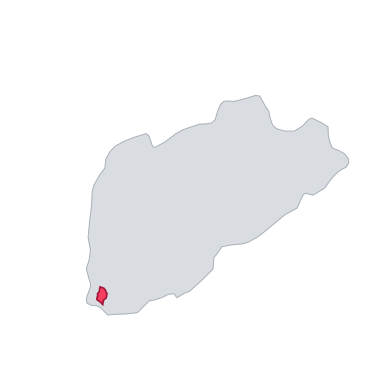 Tendu, Samchi, Bhutan shown in context, rotated 326°
{"feature_id": "84629894B47921188785963", "entity_name": "Tendu", "entity_type": "district", "adm_level": 2, "iso_a3": "BTN", "parent_name": "Bhutan", "parent_adm1": "Samchi", "projection": "mercator", "projection_center": [88.91, 27.157], "detail": "fine", "context": "in_parent", "style": "filled", "palette": "rose", "viewbox_px": 384, "rotation_deg": 326, "n_neighbors": 0, "source": "geoboundaries", "source_scale": "gbopen_adm2", "svg_char_len": 3671}
<svg xmlns="http://www.w3.org/2000/svg" viewBox="0 0 384 384"><g transform="rotate(326 192 192)"><path d="M300.9,166.8L300.4,169.0L297.9,175.1L296.2,181.7L297.6,187.1L303.3,193.6L310.8,198.7L320.5,199.1L329.4,197.1L332.9,197.9L337.8,206.5L341.2,214.0L336.5,221.6L334.0,228.3L333.1,233.1L333.6,235.2L336.5,239.0L339.8,245.6L340.3,251.6L338.2,255.6L333.6,257.6L328.7,257.0L324.7,257.1L319.7,257.8L311.8,260.0L304.5,262.9L290.7,262.4L285.2,256.4L282.6,256.4L270.1,264.1L256.5,262.8L231.7,265.3L221.3,266.0L210.7,265.1L205.3,263.5L195.3,258.0L186.2,254.1L176.9,257.7L173.7,258.4L166.3,267.7L150.3,270.7L134.3,273.0L129.5,271.7L120.5,271.2L120.2,269.0L120.5,266.9L118.4,265.2L114.7,263.5L108.5,262.8L100.4,260.5L95.7,258.3L79.3,261.5L69.8,256.6L58.9,249.9L53.4,247.0L51.4,236.5L49.5,233.2L45.2,229.7L42.8,225.5L44.7,221.3L55.5,213.3L56.4,211.4L61.4,196.6L68.4,191.1L75.2,183.6L80.4,171.7L90.4,159.4L101.4,146.8L109.0,136.5L114.0,131.7L124.3,126.5L133.0,123.5L139.0,116.6L146.2,112.8L153.6,111.0L164.6,112.0L175.0,114.4L186.4,117.9L187.7,120.6L186.7,125.5L185.1,130.5L185.0,133.0L186.8,134.4L197.9,135.4L211.5,134.6L219.2,135.3L236.2,139.9L241.2,143.1L246.4,145.6L251.5,145.1L257.9,139.8L264.7,135.3L268.9,134.6L271.9,136.1L277.3,140.3L288.6,144.4L298.6,147.4L301.8,150.3L300.7,162.6L300.9,166.8Z" fill="#d9dde1" stroke="#a8b0b8" stroke-width="1"/><path d="M54.3,231.8L54.4,232.0L54.5,232.2L54.5,232.3L54.5,232.5L54.6,232.9L54.7,233.1L54.7,233.3L54.8,233.5L54.8,233.8L54.8,234.0L54.9,234.3L54.8,234.6L54.8,234.8L54.8,235.0L54.8,235.3L55.0,235.6L55.1,235.4L55.1,235.2L55.3,235.1L55.4,234.9L55.5,234.9L55.5,234.7L55.6,234.4L55.6,234.2L55.8,234.1L56.0,234.2L56.3,234.1L56.5,234.1L56.7,233.9L56.8,233.8L56.9,233.7L57.0,233.6L57.1,233.4L57.3,233.3L57.4,233.1L57.3,232.9L57.5,232.7L57.8,232.5L57.8,232.4L58.0,232.2L58.5,232.0L58.9,232.1L59.0,232.2L59.4,232.2L59.6,232.2L59.8,232.1L60.2,232.0L60.5,232.0L60.9,231.9L61.3,231.9L61.6,231.9L61.9,231.7L62.0,231.5L62.1,231.4L62.3,231.2L62.5,231.1L62.8,230.9L63.0,230.7L63.1,230.4L63.3,230.1L63.5,229.8L63.9,229.7L64.1,229.5L64.3,229.4L64.4,229.2L64.6,229.1L64.5,228.8L64.6,228.5L64.8,228.4L64.9,228.2L64.8,227.9L64.7,227.8L64.7,227.6L64.8,227.6L64.8,227.4L64.8,227.2L64.9,226.9L64.7,226.8L64.7,226.7L64.8,226.6L64.9,226.4L65.0,226.1L65.1,225.9L65.0,225.7L65.3,225.4L65.3,225.2L65.3,224.9L65.4,224.7L65.5,224.5L65.4,224.3L65.4,224.1L65.3,223.9L65.2,223.7L65.2,223.4L65.2,223.2L65.2,222.9L65.2,222.7L65.2,222.4L64.9,222.2L64.7,222.0L64.6,221.9L64.5,221.7L64.5,221.4L64.4,221.3L64.3,221.2L64.2,221.1L64.0,220.8L64.0,220.7L63.9,220.7L63.7,220.6L63.5,220.4L63.4,220.3L63.3,220.2L63.2,220.1L63.1,219.9L62.9,219.6L62.8,219.4L62.7,219.3L62.7,219.2L62.4,219.3L62.3,219.5L62.2,219.6L62.1,219.8L61.9,220.0L61.7,220.1L61.4,220.3L61.3,220.5L61.2,220.6L61.1,220.8L60.9,221.0L60.6,221.3L60.1,221.8L60.0,222.0L59.9,222.1L59.7,222.2L59.6,222.3L59.4,222.5L59.4,222.8L59.2,222.9L59.1,223.0L58.9,223.1L58.7,223.2L58.4,223.1L58.2,223.1L57.9,223.1L57.7,223.2L57.6,223.3L57.4,223.3L57.3,223.2L57.2,223.2L57.1,223.3L56.9,223.4L56.9,223.5L56.7,223.7L56.5,223.8L56.4,223.8L56.3,224.0L56.2,224.2L56.2,224.3L56.0,224.5L56.1,224.8L56.1,225.0L56.0,225.3L55.9,225.4L55.9,225.5L55.7,225.5L55.4,225.6L55.2,225.8L54.9,225.9L54.8,226.0L54.7,226.0L54.6,226.3L54.5,226.5L54.4,226.6L54.2,226.7L53.9,226.7L53.9,226.8L53.7,226.9L53.5,227.0L53.4,227.2L53.3,227.3L53.3,227.5L53.2,227.7L53.1,227.8L53.1,228.0L53.2,228.3L53.0,228.5L53.0,228.8L53.1,229.0L53.3,229.1L53.5,229.3L53.6,229.5L53.7,229.8L53.7,230.0L53.8,230.0L53.8,230.3L53.9,230.5L53.9,230.8L54.0,231.0L54.1,231.3L54.1,231.5L54.3,231.7L54.3,231.8L54.3,231.8Z" fill="#f43f5e" stroke="#9f1239" stroke-width="1.5"/></g></svg>